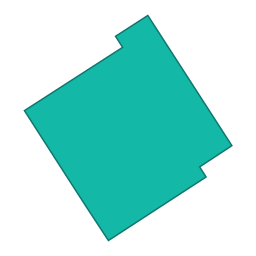 the district of Hamilton, Iowa, United States of America, rotated 57°
{"feature_id": "52423323B92717538873047", "entity_name": "Hamilton", "entity_type": "district", "adm_level": 2, "iso_a3": "USA", "parent_name": "United States of America", "parent_adm1": "Iowa", "projection": "orthographic", "projection_center": [-93.664, 42.384], "detail": "fine", "context": "isolated", "style": "filled", "palette": "teal", "viewbox_px": 256, "rotation_deg": 57, "n_neighbors": 0, "source": "geoboundaries", "source_scale": "gbopen_adm2", "svg_char_len": 303}
<svg xmlns="http://www.w3.org/2000/svg" viewBox="0 0 256 256"><g transform="rotate(57 128 128)"><path d="M199.4,50.5L44.4,50.1L44.3,88.5L57.4,88.6L57.0,205.4L134.0,205.8L172.6,205.9L211.7,205.7L211.6,128.0L211.6,89.2L199.6,89.1L199.4,50.5Z" fill="#14b8a6" stroke="#0f766e" stroke-width="1.5"/></g></svg>